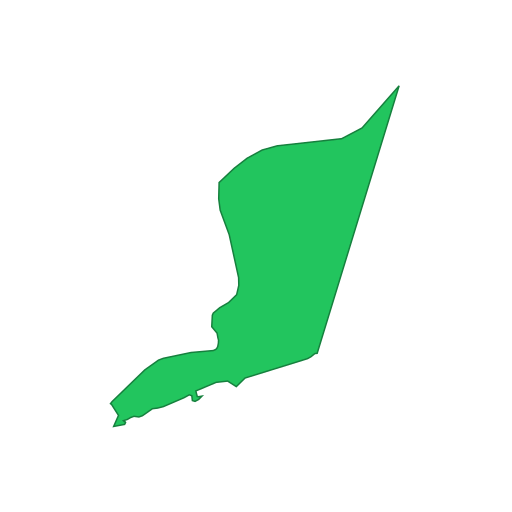 the Governorate of Al Iskandariyah, rotated 199°
{"feature_id": "EGY-1543", "entity_name": "Al Iskandariyah", "entity_type": "Governorate", "adm_level": 1, "iso_a3": "EGY", "parent_name": "Egypt", "parent_adm1": "", "projection": "mercator", "projection_center": [29.899, 30.835], "detail": "fine", "context": "isolated", "style": "filled", "palette": "green", "viewbox_px": 512, "rotation_deg": 199, "n_neighbors": 0, "source": "natural_earth", "source_scale": "10m", "svg_char_len": 1002}
<svg xmlns="http://www.w3.org/2000/svg" viewBox="0 0 512 512"><g transform="rotate(199 256 256)"><path d="M166.5,183.9L168.6,182.9L171.2,178.7L173.9,175.7L226.6,137.1L232.1,126.1L242.1,128.5L252.5,123.6L269.0,108.8L265.8,104.0L264.4,104.3L261.5,105.9L263.5,101.7L266.3,98.7L269.1,98.6L271.2,103.0L273.9,103.0L278.0,98.5L294.6,83.4L299.5,80.2L304.2,77.9L311.4,68.0L314.3,65.7L319.2,64.7L322.0,62.4L324.4,59.6L327.8,57.1L326.7,56.6L325.7,56.6L325.1,56.1L325.4,54.0L335.1,48.5L334.1,60.5L344.2,68.6L345.5,69.0L344.6,71.6L324.0,112.2L314.3,125.8L310.3,129.1L286.0,143.6L265.6,152.7L263.9,154.3L263.4,154.9L262.9,156.4L262.7,158.0L263.2,161.4L263.6,162.7L264.0,164.2L265.4,166.3L267.7,170.4L274.8,174.7L278.0,185.8L277.8,188.1L273.4,195.4L266.8,203.0L261.7,213.1L262.7,222.6L265.4,229.9L288.3,267.5L304.8,287.7L309.9,298.0L314.8,313.5L305.1,332.0L296.2,345.6L284.7,358.2L271.8,367.1L213.2,394.8L197.4,411.6L176.1,463.5L166.5,184.2L166.5,183.9Z" fill="#22c55e" stroke="#15803d" stroke-width="1.5"/></g></svg>